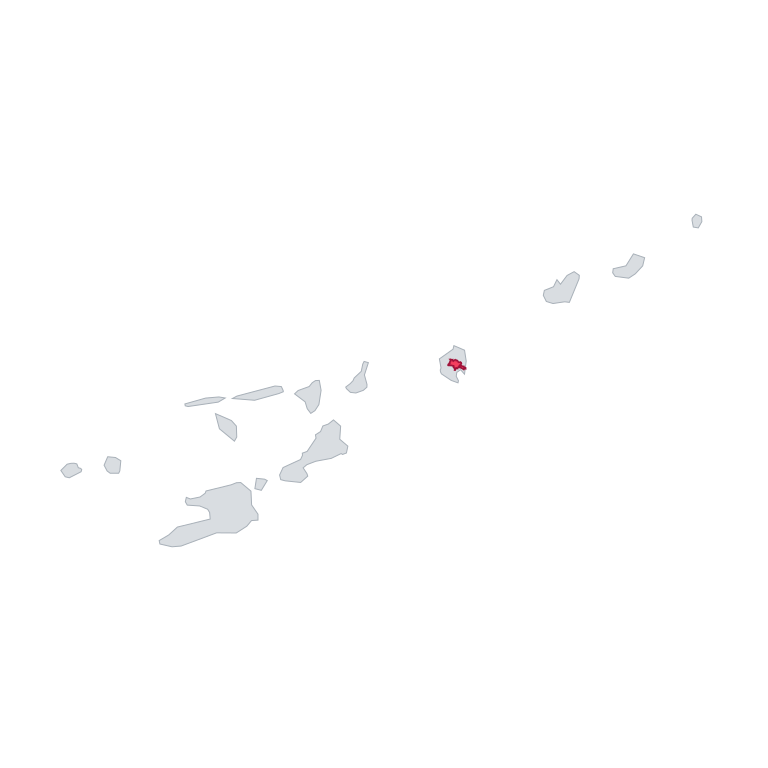 location of Erakor, Shefa, Vanuatu, rotated 266°
{"feature_id": "77236927B27814537301823", "entity_name": "Erakor", "entity_type": "district", "adm_level": 2, "iso_a3": "VUT", "parent_name": "Vanuatu", "parent_adm1": "Shefa", "projection": "robinson", "projection_center": [168.36, -17.71], "detail": "fine", "context": "in_parent", "style": "filled", "palette": "rose", "viewbox_px": 768, "rotation_deg": 266, "n_neighbors": 0, "source": "geoboundaries", "source_scale": "gbopen_adm2", "svg_char_len": 5827}
<svg xmlns="http://www.w3.org/2000/svg" viewBox="0 0 768 768"><g transform="rotate(266 384 384)"><path d="M255.7,167.9L261.4,201.2L268.0,201.1L271.4,199.3L275.2,191.6L276.9,179.3L280.4,177.6L284.7,178.9L282.8,182.8L284.1,192.6L287.5,198.0L289.7,199.0L294.1,224.5L295.8,229.9L295.7,234.2L286.4,243.8L272.6,243.5L262.9,249.2L257.0,248.8L257.0,242.3L251.7,237.2L245.7,226.2L247.2,206.6L236.5,170.3L236.4,161.2L240.0,149.3L243.5,148.8L248.4,158.7L255.7,167.9ZM314.5,295.5L318.5,297.7L320.7,297.7L322.1,302.6L334.7,312.4L338.1,312.1L341.0,317.4L346.4,320.1L347.9,325.6L351.7,331.1L345.0,337.8L332.0,336.0L324.5,343.6L317.8,341.7L316.6,337.7L317.6,336.4L313.5,326.2L311.7,310.6L308.9,301.4L306.0,297.5L299.9,300.9L297.4,301.5L291.6,294.0L294.3,278.7L295.8,274.3L300.5,273.5L307.7,277.5L314.5,295.5ZM482.8,581.5L478.8,586.4L475.3,585.9L452.5,574.6L453.4,570.0L452.5,558.2L455.0,551.7L461.3,549.1L466.2,550.5L469.2,559.9L476.0,563.8L471.2,567.0L479.5,574.2L482.8,581.5ZM405.2,441.0L413.9,455.3L417.4,456.4L412.1,466.7L401.1,467.6L388.2,465.0L392.9,461.4L390.5,457.4L386.6,456.6L382.1,458.5L380.0,457.9L382.9,451.3L390.1,442.0L392.2,441.2L394.1,441.1L396.0,442.0L405.2,441.0ZM392.1,319.7L382.1,320.8L368.0,317.6L362.3,313.3L359.8,308.9L364.7,305.7L371.7,304.1L380.4,294.1L383.5,297.9L386.7,309.2L390.3,312.5L392.2,315.9L392.1,319.7ZM496.4,641.9L491.8,652.8L483.8,650.3L476.4,642.4L472.5,635.5L475.2,622.2L479.0,619.9L483.0,620.7L485.0,633.6L496.4,641.9ZM384.7,282.9L383.3,283.0L381.8,278.4L376.8,253.8L380.1,231.8L382.2,236.4L389.6,275.1L388.6,281.4L384.7,282.9ZM405.3,364.2L407.9,365.7L406.4,369.9L394.4,365.1L384.7,367.0L382.0,366.7L379.1,362.9L377.0,355.3L378.0,349.9L382.0,346.2L383.6,345.6L386.6,350.2L389.4,353.3L392.1,354.7L398.2,362.2L405.3,364.2ZM358.2,229.2L352.3,233.8L341.4,233.4L337.4,230.8L350.8,216.7L366.2,213.8L358.2,229.2ZM329.4,111.0L325.8,116.1L315.8,114.4L313.5,113.1L314.1,104.6L316.6,101.7L322.5,99.1L330.7,103.3L329.4,111.0ZM321.0,75.5L319.7,76.5L317.6,75.7L312.4,63.5L313.7,59.5L320.3,55.6L326.1,62.3L326.7,66.1L326.6,69.3L325.7,72.0L321.8,73.2L321.0,75.5ZM382.6,218.4L381.1,224.6L377.5,217.4L375.2,187.0L376.1,184.2L378.0,184.0L382.4,205.1L382.6,218.4ZM531.6,706.9L528.6,712.4L523.8,712.4L517.8,708.4L519.0,703.5L525.8,702.7L527.8,703.0L531.6,706.9ZM297.4,258.2L295.8,260.8L286.5,254.2L288.6,247.9L298.8,250.2L297.4,258.2Z" fill="#d9dde1" stroke="#a8b0b8" stroke-width="1"/><path d="M392.9,455.9L392.9,456.0L393.1,456.0L393.4,456.2L393.5,456.3L395.1,457.2L395.0,457.5L394.6,457.3L394.6,457.2L394.5,457.3L394.4,457.4L394.4,457.8L394.5,457.9L394.3,458.4L394.5,458.4L394.6,458.5L394.8,458.7L395.0,459.0L395.3,459.2L395.6,459.3L395.4,459.7L395.5,459.7L395.8,459.8L396.0,459.9L396.1,460.0L396.6,460.2L396.9,460.3L397.0,460.3L397.4,460.7L397.4,460.8L397.5,461.0L397.8,461.2L397.9,461.3L398.0,461.4L397.8,461.6L398.3,461.9L398.6,462.3L399.0,462.7L399.3,462.6L400.0,462.5L400.2,462.1L400.3,462.0L400.3,461.9L400.2,461.8L400.3,461.7L400.5,461.7L400.4,461.4L400.4,461.0L400.5,461.0L400.5,460.7L400.4,460.6L400.3,460.3L400.4,460.2L400.5,460.1L400.4,460.1L400.5,460.1L400.6,459.9L400.7,460.0L400.8,459.9L401.0,459.6L401.7,459.2L402.0,459.1L402.3,458.9L402.4,458.7L402.5,458.3L402.6,458.2L402.4,457.9L402.5,457.9L402.7,457.6L402.9,457.4L402.9,457.2L403.0,456.9L403.3,456.7L403.2,456.5L403.1,456.4L402.9,456.1L402.8,455.9L402.7,455.8L402.6,455.7L402.4,455.5L402.3,455.4L402.3,455.2L402.2,455.0L402.2,454.9L402.3,454.8L402.2,454.7L402.1,454.8L402.0,454.7L402.3,454.5L402.3,454.4L402.5,454.4L402.7,454.2L402.8,454.1L403.0,454.2L403.0,454.3L403.3,454.3L403.4,454.2L403.5,454.2L403.4,453.9L403.3,453.7L403.4,453.3L403.5,453.2L403.5,452.9L403.7,452.7L403.9,452.5L404.0,452.3L404.0,452.2L404.0,451.9L403.9,451.9L403.9,451.7L403.8,451.8L403.7,451.8L403.6,451.7L403.3,451.7L403.2,451.8L402.7,452.1L402.3,452.1L402.2,452.1L402.2,451.8L402.1,451.7L401.9,451.5L401.8,451.4L401.7,451.4L401.6,451.5L401.4,451.4L401.3,451.2L401.2,451.2L400.9,451.1L400.7,450.9L400.5,450.7L400.4,450.6L400.2,450.5L399.8,450.7L399.8,450.8L399.7,450.7L399.7,450.4L399.7,450.2L399.4,449.8L399.3,449.6L399.2,449.5L399.0,449.4L398.9,449.4L398.7,449.3L398.5,449.2L398.4,449.2L398.2,449.2L398.2,449.3L398.1,449.5L398.1,449.8L398.1,450.0L397.9,450.1L398.0,450.5L397.9,450.6L398.0,450.8L398.1,451.0L398.2,451.5L398.0,451.9L397.8,451.9L397.7,451.9L397.6,452.1L397.7,452.3L397.8,452.3L397.8,452.5L397.9,452.8L397.9,453.0L397.7,453.2L397.5,453.3L397.4,453.5L397.3,454.1L397.4,454.3L397.3,454.5L397.3,454.8L397.2,454.9L396.8,454.9L396.7,454.9L396.7,454.7L396.4,454.6L396.2,454.4L396.1,454.5L395.7,454.5L395.4,454.7L395.3,454.8L395.2,455.0L395.1,455.3L395.0,455.6L394.9,455.7L394.8,455.8L394.7,456.0L394.6,455.9L394.5,455.7L394.3,455.5L394.2,455.4L393.9,455.4L393.8,455.5L393.7,455.5L393.5,455.8L393.4,455.8L393.4,455.7L393.2,455.7L393.2,455.8L393.3,455.8L393.2,455.8L393.0,456.0L392.9,455.9ZM396.1,465.6L396.1,464.9L396.1,464.2L396.1,463.9L396.0,463.1L396.6,462.9L397.0,462.8L397.0,462.7L397.2,462.4L397.0,462.2L396.8,461.9L396.7,461.8L396.7,461.7L396.1,461.2L396.0,460.9L395.9,460.8L395.8,460.7L395.7,460.6L395.4,460.7L395.3,460.8L395.2,460.8L395.1,461.2L394.9,461.4L394.9,461.6L394.7,461.8L394.6,462.0L394.5,462.3L394.4,462.3L394.3,462.5L394.2,462.7L394.2,462.8L394.1,463.0L393.9,463.2L393.7,463.4L393.6,463.5L393.5,463.8L393.6,464.0L393.6,464.3L393.7,464.5L393.6,465.2L393.5,465.3L393.4,465.4L393.5,465.6L393.5,465.8L393.5,466.1L393.5,466.3L393.5,466.6L393.8,466.5L393.9,466.4L394.1,466.0L394.2,465.9L394.2,465.7L394.4,465.4L394.5,465.1L394.6,464.9L394.8,464.9L395.0,464.9L395.1,465.0L395.1,465.4L395.1,465.5L395.3,465.2L395.5,465.0L395.6,464.9L395.8,465.0L396.0,465.2L396.0,465.3L396.1,465.5L396.1,465.6ZM393.1,464.4L393.0,464.5L393.3,464.6L393.2,464.4L393.3,464.2L393.2,464.2L393.1,464.3L393.1,464.4Z" fill="#f43f5e" stroke="#9f1239" stroke-width="1.5"/></g></svg>